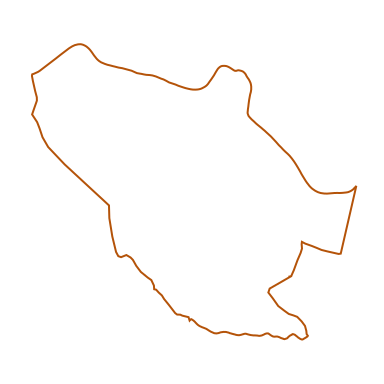 Beauchamp, Micoud, Saint Lucia, rotated 2°
{"feature_id": "8701671B84813542366979", "entity_name": "Beauchamp", "entity_type": "district", "adm_level": 2, "iso_a3": "LCA", "parent_name": "Saint Lucia", "parent_adm1": "Micoud", "projection": "robinson", "projection_center": [-60.914, 13.818], "detail": "fine", "context": "isolated", "style": "outline", "palette": "amber", "viewbox_px": 384, "rotation_deg": 2, "n_neighbors": 0, "source": "geoboundaries", "source_scale": "gbopen_adm2", "svg_char_len": 6007}
<svg xmlns="http://www.w3.org/2000/svg" viewBox="0 0 384 384"><g transform="rotate(2 192 192)"><path d="M194.1,320.6L194.6,320.0L194.9,319.7L195.0,319.5L195.2,319.3L195.6,319.1L196.2,319.3L196.6,319.6L197.1,319.9L197.8,320.3L198.1,320.5L198.3,320.7L198.5,320.9L198.8,321.1L199.7,321.9L199.9,322.2L200.2,322.5L201.0,323.2L201.2,323.5L201.5,323.7L201.8,324.0L202.5,324.6L203.0,324.9L203.4,325.2L203.9,325.5L204.5,325.8L204.9,326.0L205.7,326.3L206.4,326.6L206.8,326.8L207.2,326.9L207.8,327.1L208.7,327.4L209.8,327.8L210.9,328.2L211.3,328.4L211.5,328.6L211.9,328.7L212.8,329.3L213.3,329.6L213.9,329.9L214.1,330.1L214.4,330.2L214.7,330.4L214.9,330.5L215.1,330.6L215.6,330.9L215.9,331.0L216.1,331.1L216.5,331.3L216.8,331.4L217.2,331.5L217.9,331.8L218.2,332.0L218.6,332.1L219.0,332.3L219.3,332.3L219.6,332.4L220.1,332.4L220.5,332.4L220.9,332.5L221.3,332.5L221.6,332.4L221.9,332.4L222.2,332.3L222.9,332.2L223.3,332.1L223.5,332.0L223.9,331.9L224.4,331.7L224.8,331.5L225.1,331.4L225.7,331.2L226.9,331.0L227.1,330.9L227.5,330.9L228.5,330.7L228.9,330.7L230.6,330.7L231.0,330.7L232.2,331.0L232.7,331.1L233.3,331.2L234.4,331.6L234.8,331.8L235.0,331.8L235.5,331.9L236.0,332.0L236.3,332.1L236.6,332.2L236.8,332.2L237.1,332.3L238.4,332.6L238.7,332.6L239.1,332.8L239.4,332.8L239.9,332.9L240.2,333.0L240.5,333.1L240.9,333.2L241.6,333.3L242.0,333.4L242.4,333.4L244.0,333.5L244.4,333.4L244.8,333.3L245.2,333.2L245.7,333.1L246.0,333.0L246.7,332.8L246.9,332.7L247.2,332.6L247.7,332.4L248.0,332.4L248.4,332.2L249.3,331.9L249.6,331.9L250.1,331.8L250.9,331.8L251.7,332.0L252.0,332.1L252.3,332.2L252.8,332.3L253.2,332.4L253.6,332.5L254.1,332.6L254.5,332.7L254.8,332.7L255.4,332.9L256.3,333.0L256.7,333.0L257.5,333.1L257.8,333.1L258.8,333.2L259.2,333.1L260.2,333.2L260.6,333.1L260.9,333.1L261.6,333.2L261.9,333.2L262.3,333.2L262.6,333.2L262.9,333.3L264.0,333.4L264.4,333.4L264.6,333.4L265.1,333.3L266.5,333.0L266.7,332.9L267.3,332.7L267.6,332.5L268.3,332.2L268.9,331.9L269.2,331.7L269.5,331.5L269.9,331.3L270.2,331.2L270.5,331.1L270.9,330.9L271.3,330.8L271.6,330.8L271.9,330.7L272.7,330.7L273.1,330.7L273.5,330.9L274.1,331.3L275.0,331.9L275.6,332.3L276.4,332.8L277.2,333.2L277.6,333.4L277.9,333.5L278.2,333.6L278.5,333.6L279.1,333.7L279.8,333.7L280.4,333.6L281.0,333.5L281.4,333.5L281.7,333.5L282.1,333.5L282.4,333.5L282.8,333.6L283.2,333.7L283.5,333.8L284.2,334.0L284.5,334.1L285.5,334.6L285.8,334.7L286.5,335.0L286.8,335.0L287.1,335.1L287.4,335.2L287.6,335.3L287.9,335.4L288.2,335.4L288.5,335.5L288.8,335.7L289.1,335.7L289.4,335.8L289.7,335.8L290.3,335.6L290.7,335.4L291.1,335.3L292.1,334.9L292.4,334.7L292.8,334.2L293.1,333.8L293.3,333.6L293.6,333.3L293.9,333.0L294.2,332.8L294.4,332.6L294.9,332.2L295.4,331.8L295.7,331.7L296.3,331.4L296.6,331.3L296.9,331.0L297.0,330.8L297.3,330.6L297.6,330.5L298.1,330.6L298.4,330.6L298.7,330.7L299.2,330.9L299.4,331.0L299.8,331.1L300.1,331.3L300.4,331.6L300.6,331.8L300.9,331.9L301.2,332.2L301.4,332.3L301.7,332.5L301.9,332.7L302.8,333.4L303.0,333.6L303.6,334.0L304.5,334.5L305.1,334.9L305.7,335.2L306.1,335.3L306.5,335.4L306.8,335.5L307.0,335.6L307.3,335.6L307.6,335.5L308.1,335.3L308.5,335.0L309.0,334.7L309.6,334.3L310.6,333.7L311.0,333.4L311.6,332.9L312.0,332.7L312.3,332.5L312.4,332.3L312.8,331.7L311.5,329.9L311.1,326.8L309.6,321.9L306.1,317.5L301.5,313.1L297.7,311.8L293.0,310.5L288.4,307.4L282.2,303.0L276.5,295.5L271.8,289.8L273.0,285.8L293.4,273.1L293.1,272.9L294.1,272.6L296.5,266.6L299.8,256.5L302.7,249.1L303.9,244.7L303.4,240.3L303.6,238.0L306.9,239.6L313.8,241.8L318.8,243.6L323.5,245.4L329.6,246.7L340.7,248.8L342.8,248.4L356.0,180.2L354.9,181.6L354.1,182.4L353.8,182.8L352.8,183.9L351.2,185.1L349.8,185.9L348.0,186.7L346.1,187.1L342.5,187.6L340.3,187.8L336.9,187.9L334.6,188.0L332.2,188.3L329.6,188.6L327.0,188.9L324.1,188.9L322.2,188.7L320.5,188.5L318.0,187.8L316.4,187.1L314.8,186.3L312.8,185.0L311.9,184.4L310.5,183.2L309.1,181.8L307.8,180.2L306.6,178.8L305.2,176.9L303.0,173.6L300.9,170.4L299.4,167.8L296.9,163.8L294.8,160.6L292.9,157.9L290.6,155.0L288.3,152.4L286.5,150.7L283.9,148.5L281.8,146.6L279.4,144.2L277.1,142.1L274.3,139.1L271.3,136.1L269.0,133.8L264.3,129.8L262.6,128.3L260.8,126.9L259.1,125.5L255.5,122.8L253.6,121.3L251.4,119.3L249.1,117.4L246.9,115.2L245.8,113.9L244.9,111.6L244.8,110.3L244.9,109.3L245.0,107.3L245.3,104.7L245.5,102.0L245.9,97.9L246.3,95.2L246.7,92.5L247.3,90.0L247.6,87.5L247.5,84.5L247.1,82.3L246.6,80.8L245.7,79.0L244.7,77.3L243.9,76.3L243.1,75.2L242.2,73.8L241.6,72.6L240.4,71.2L239.0,70.0L237.4,69.3L236.0,69.0L234.3,68.7L233.2,68.9L232.2,69.3L231.4,69.4L230.4,69.3L229.2,68.7L228.3,68.1L227.3,67.5L226.0,66.7L224.1,65.7L222.2,65.0L220.5,64.8L218.4,64.9L217.7,65.0L216.7,65.3L216.4,65.5L215.3,66.2L214.5,67.0L213.8,67.7L213.2,68.6L212.2,70.3L211.3,71.9L209.9,74.6L208.4,77.0L207.2,78.9L205.5,81.4L204.1,83.6L202.7,85.2L201.0,86.5L198.4,88.0L197.1,88.6L195.4,89.1L193.8,89.4L191.6,89.6L189.1,89.6L187.1,89.4L184.8,89.0L181.9,88.4L179.7,87.8L177.3,87.1L174.6,86.3L171.8,85.2L169.1,84.4L165.3,83.3L162.4,81.8L159.6,80.5L157.2,79.8L154.3,78.7L151.9,77.8L148.4,76.9L145.7,76.6L142.2,76.5L140.0,76.2L137.3,75.7L135.6,75.5L132.8,75.1L127.4,72.9L118.0,70.7L114.2,70.2L112.4,69.8L110.6,69.4L108.6,69.0L106.0,68.4L103.0,67.8L100.4,67.0L98.3,66.2L96.7,65.6L94.7,64.4L93.4,63.4L92.1,62.2L91.0,60.9L89.3,58.9L87.0,55.8L85.2,53.6L83.7,52.1L81.6,50.4L80.0,49.5L78.1,48.7L76.5,48.3L75.2,48.2L73.0,48.4L69.8,49.3L67.2,50.6L64.1,52.7L60.3,55.8L55.9,59.4L51.3,63.3L42.9,70.2L35.6,76.2L34.0,77.3L31.8,78.4L30.0,79.3L28.2,80.0L28.1,80.6L28.0,81.6L29.1,86.5L31.8,96.8L33.6,102.7L33.8,106.0L33.4,107.4L30.7,116.1L29.5,120.1L34.8,127.6L37.5,133.9L40.7,142.5L46.7,152.1L63.8,168.9L109.5,208.3L110.3,221.0L113.9,239.2L118.2,254.6L120.6,258.7L123.4,259.6L128.6,257.3L130.5,258.3L132.9,259.6L135.3,261.9L138.9,267.8L143.7,273.7L150.8,279.1L154.4,281.4L157.2,286.8L157.6,290.5L159.6,290.9L162.3,293.7L165.5,296.4L167.9,300.0L172.7,305.5L179.4,313.6L181.4,315.0L184.6,315.0L186.6,315.9L192.9,317.2L194.1,320.6Z" fill="none" stroke="#b45309" stroke-width="2"/></g></svg>